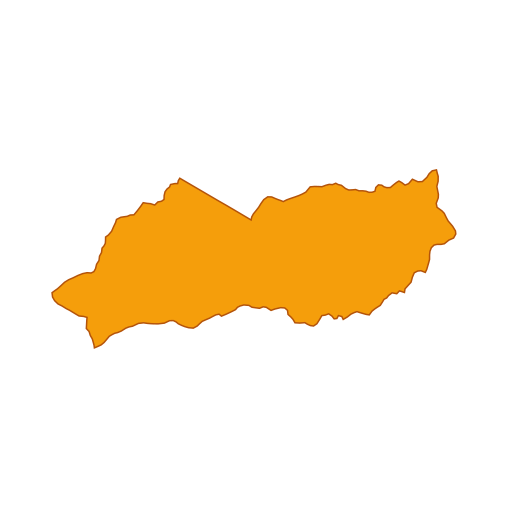 outline of Birigui, São Paulo, Brazil, rotated 63°
{"feature_id": "56859067B14690438145522", "entity_name": "Birigui", "entity_type": "district", "adm_level": 2, "iso_a3": "BRA", "parent_name": "Brazil", "parent_adm1": "São Paulo", "projection": "albers", "projection_center": [-50.348, -21.264], "detail": "fine", "context": "isolated", "style": "filled", "palette": "amber", "viewbox_px": 512, "rotation_deg": 63, "n_neighbors": 0, "source": "geoboundaries", "source_scale": "gbopen_adm2", "svg_char_len": 3291}
<svg xmlns="http://www.w3.org/2000/svg" viewBox="0 0 512 512"><g transform="rotate(63 256 256)"><path d="M153.5,299.7L155.3,301.7L155.9,304.8L157.4,307.8L160.3,310.3L163.9,312.3L164.3,315.4L163.3,318.9L164.6,323.1L161.5,326.2L159.6,329.2L157.3,332.3L159.6,336.6L161.9,341.4L163.9,346.1L162.4,349.4L162.2,352.7L161.3,355.3L160.1,358.9L160.1,363.7L162.5,366.0L165.1,369.4L168.4,373.4L170.3,378.0L170.8,381.4L173.8,383.0L176.3,384.5L178.0,386.9L179.1,389.6L182.8,392.1L185.1,395.5L188.7,397.9L191.0,401.8L194.5,404.8L196.3,407.5L196.3,410.6L194.2,414.1L193.0,418.4L192.5,423.5L192.4,428.9L192.1,433.7L192.5,438.5L193.7,442.6L195.1,447.8L195.5,450.7L196.1,454.4L200.2,455.9L204.4,455.7L208.8,454.2L212.5,451.5L216.8,448.9L219.8,446.7L222.1,445.3L225.5,443.2L229.1,440.9L231.6,437.0L234.0,434.4L236.7,436.1L240.0,438.0L243.6,440.1L247.5,439.0L251.6,439.7L255.5,439.5L258.6,440.1L261.9,440.8L264.5,441.7L264.8,437.3L264.9,434.3L264.1,430.7L262.4,426.6L260.9,423.2L260.7,420.2L260.7,417.0L261.4,414.1L261.7,410.2L261.2,405.0L261.5,401.5L262.5,397.9L262.7,391.3L264.5,386.5L266.7,383.4L268.3,380.8L270.1,377.7L272.1,373.8L274.2,368.1L274.4,362.4L276.0,359.0L278.5,357.1L281.1,356.0L284.0,353.8L286.5,351.6L289.3,348.6L291.8,344.6L291.7,340.1L290.8,337.3L289.8,333.6L290.0,329.8L290.3,325.5L290.2,322.3L290.2,318.5L291.1,315.3L293.9,314.1L294.3,308.9L294.5,303.0L294.5,298.6L293.3,295.8L293.3,292.9L294.1,289.1L296.8,284.7L299.8,282.9L302.2,279.5L304.2,276.6L304.5,272.7L306.4,270.1L308.9,268.7L311.3,267.3L311.8,263.3L313.2,257.5L315.3,254.0L318.7,252.6L322.6,254.0L326.2,252.6L329.3,251.8L333.2,251.6L335.6,247.5L337.6,242.7L340.1,241.2L342.7,239.1L344.5,236.5L344.0,232.5L341.2,227.8L339.0,224.4L340.1,221.1L340.5,217.5L344.0,215.6L347.5,214.9L348.4,212.3L346.5,209.6L348.9,207.0L352.1,207.1L351.8,202.3L350.9,197.8L351.0,194.3L351.4,191.3L353.6,189.1L355.7,186.9L358.1,184.3L359.9,181.8L357.8,177.7L357.1,174.4L356.7,171.2L356.4,167.7L354.3,164.1L352.7,161.6L352.7,158.6L351.4,155.9L350.6,151.5L353.5,147.7L352.2,144.0L355.9,140.3L352.9,138.1L351.3,133.9L349.7,129.7L345.9,126.3L342.8,122.6L342.8,118.8L344.0,115.7L347.5,112.6L345.5,110.0L340.6,105.4L337.8,102.9L333.7,100.8L330.8,98.9L328.2,96.0L327.1,92.4L327.8,89.5L329.7,85.7L330.6,82.6L329.4,77.0L329.7,71.8L327.1,68.0L324.2,66.9L318.8,67.3L312.0,68.9L308.1,69.0L303.4,68.9L300.3,69.8L294.8,72.6L290.9,71.5L286.9,67.2L283.9,65.5L276.1,63.3L272.1,59.8L267.7,57.5L264.5,56.9L261.2,56.1L260.1,60.3L261.2,64.2L263.5,68.0L265.2,74.0L263.4,78.0L258.6,81.8L260.8,87.2L260.5,91.0L256.8,92.8L254.1,94.6L254.3,97.5L255.1,101.5L256.0,105.2L254.5,108.4L252.5,110.5L250.0,111.8L248.2,114.6L249.3,118.1L252.3,120.6L251.9,123.6L250.5,126.5L248.2,128.6L246.3,131.4L244.7,134.6L242.0,137.1L240.6,140.6L239.3,143.4L236.6,145.6L231.8,147.8L229.6,150.4L227.4,151.9L227.1,155.5L225.4,158.3L224.7,161.5L224.2,165.8L222.6,168.6L220.6,172.3L219.0,176.3L220.1,178.9L221.7,182.6L221.8,186.5L221.6,190.3L221.1,194.4L220.3,199.8L219.9,203.4L219.9,207.0L217.8,208.8L215.6,210.9L213.2,213.0L210.5,215.2L208.6,218.7L209.3,223.5L211.7,228.1L213.8,231.5L215.4,234.9L217.3,239.2L219.3,242.1L221.7,244.0L203.4,255.6L201.1,257.1L198.1,259.0L189.7,264.5L152.1,288.6L153.6,291.0L155.9,292.9L154.6,295.5L153.5,299.7Z" fill="#f59e0b" stroke="#b45309" stroke-width="1.5"/></g></svg>